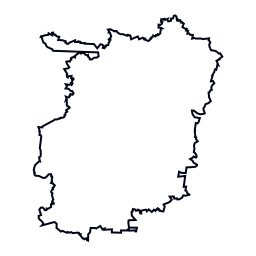 Castillo de Teayo, Veracruz, Mexico
{"feature_id": "50627088B5982554369070", "entity_name": "Castillo de Teayo", "entity_type": "district", "adm_level": 2, "iso_a3": "MEX", "parent_name": "Mexico", "parent_adm1": "Veracruz", "projection": "orthographic", "projection_center": [-97.687, 20.732], "detail": "fine", "context": "isolated", "style": "outline", "palette": "ink", "viewbox_px": 256, "rotation_deg": 0, "n_neighbors": 0, "source": "geoboundaries", "source_scale": "gbopen_adm2", "svg_char_len": 5637}
<svg xmlns="http://www.w3.org/2000/svg" viewBox="0 0 256 256"><path d="M88.1,240.6L88.2,234.3L90.0,232.3L90.7,227.9L96.0,228.1L96.3,228.5L100.2,226.0L102.5,229.3L103.8,228.8L103.4,229.4L104.1,229.3L104.2,229.7L104.9,229.3L105.1,229.7L111.9,229.3L111.8,232.5L121.1,232.7L121.1,230.4L128.2,230.5L128.0,229.5L129.1,229.6L129.2,230.6L135.3,230.4L135.4,231.4L136.1,231.4L136.9,227.7L129.0,227.6L128.3,222.1L128.7,220.3L135.5,220.0L131.8,215.6L131.6,211.9L131.9,211.4L132.6,211.4L133.0,209.0L135.6,209.7L136.0,210.8L138.0,210.3L138.1,209.7L139.4,210.2L140.2,213.3L141.2,213.5L140.9,210.8L145.3,209.7L146.2,209.8L146.8,211.3L148.7,209.4L151.8,212.0L153.9,209.7L155.4,210.9L156.4,209.4L156.9,209.7L157.7,208.3L159.5,209.6L159.2,210.4L159.7,210.9L163.4,211.4L164.7,206.5L163.6,204.5L169.3,202.2L171.5,200.1L171.7,199.7L169.7,196.6L173.8,196.5L174.2,198.6L177.1,198.4L177.3,199.4L179.4,199.3L182.2,197.5L183.2,195.4L185.9,195.7L188.8,194.7L190.1,195.2L187.6,193.4L186.2,190.7L185.4,190.5L186.1,186.6L183.7,186.8L185.2,176.0L178.2,176.7L179.1,171.7L181.4,172.8L185.7,173.1L186.5,167.4L194.0,167.0L195.5,166.7L196.9,165.6L197.0,164.7L193.5,162.6L192.5,160.6L190.1,159.0L192.7,157.7L193.6,156.5L195.9,157.6L196.5,157.0L196.6,155.8L196.1,154.8L194.9,152.8L193.8,152.2L194.4,148.5L194.0,145.7L194.7,143.1L197.7,141.3L195.9,138.9L196.2,137.4L194.9,136.9L195.4,135.9L194.7,131.5L195.2,130.5L194.8,129.9L195.8,123.0L197.4,123.4L198.4,122.5L199.8,118.1L194.6,117.2L192.5,114.1L191.9,110.5L193.9,110.6L197.2,113.2L200.1,114.3L203.6,113.9L204.8,113.1L203.5,109.8L203.5,108.2L204.6,106.7L205.5,104.2L208.4,103.2L210.8,101.1L209.1,97.3L208.6,92.5L209.4,92.3L210.5,90.2L211.8,89.8L211.3,87.9L211.9,85.7L214.3,83.2L212.9,81.0L210.9,81.3L212.6,75.7L212.2,75.5L214.3,72.0L214.7,69.9L215.3,69.2L216.3,69.7L217.4,64.6L218.3,65.1L216.5,60.7L219.1,59.6L218.8,59.3L222.3,56.6L220.1,53.3L218.9,53.6L216.9,51.8L214.9,50.8L211.0,50.2L209.3,46.1L209.4,43.9L210.3,42.7L209.8,41.4L208.6,40.3L209.1,38.4L202.7,39.1L201.0,38.5L195.9,38.6L194.3,38.0L192.2,38.6L192.9,35.0L190.2,34.8L189.2,33.5L187.3,33.7L188.1,30.8L186.2,30.6L186.9,29.0L186.6,28.7L185.9,29.3L182.4,27.0L183.8,23.7L182.6,23.1L182.7,22.6L181.8,22.1L180.8,22.4L180.4,20.3L179.1,20.2L178.9,20.8L177.1,20.6L177.0,20.1L177.7,19.8L177.4,18.9L176.7,18.9L176.4,16.5L175.1,15.4L173.8,15.9L173.0,18.4L170.9,18.7L171.0,20.8L168.3,21.4L167.3,19.5L167.6,18.9L165.5,19.8L164.9,18.8L163.6,19.0L163.6,19.8L161.3,19.2L160.9,21.7L162.4,22.0L161.8,23.9L160.2,24.9L158.6,24.6L158.5,27.6L160.7,27.7L162.2,28.5L160.9,28.9L160.2,33.4L159.1,34.5L157.9,34.2L157.9,35.2L156.1,35.1L156.2,35.8L155.8,36.1L155.7,35.8L153.8,36.4L153.2,35.7L153.0,36.5L151.1,37.5L150.5,38.5L151.0,38.7L148.6,41.0L144.2,39.4L144.9,38.5L142.7,37.7L139.1,39.3L137.8,36.4L131.1,39.3L130.6,36.2L129.9,35.9L130.0,35.4L128.7,35.1L127.6,35.6L127.5,34.9L126.3,35.5L123.0,34.2L120.5,34.2L117.8,32.8L116.7,31.1L115.0,31.0L114.8,31.4L110.2,29.2L108.0,29.6L109.0,30.8L108.7,32.4L109.5,32.2L110.0,32.9L111.2,36.2L110.2,38.2L110.4,39.1L109.5,38.7L108.7,39.6L109.7,40.9L109.4,42.2L108.7,42.5L108.3,45.1L106.3,45.2L106.1,46.2L105.4,45.9L104.3,46.7L105.0,47.1L104.4,48.3L102.8,47.8L103.5,46.2L102.4,44.7L100.4,44.3L97.3,48.3L93.8,44.0L86.0,43.8L84.9,43.7L85.0,43.1L80.4,43.0L80.4,41.8L78.4,41.4L78.4,42.0L75.1,42.0L75.1,40.3L69.4,42.7L68.1,43.9L66.6,43.6L66.2,42.6L65.4,42.5L65.7,41.3L62.1,40.2L58.2,40.0L59.2,36.8L57.1,36.4L55.1,35.1L55.2,34.7L54.0,34.6L53.5,34.1L53.2,32.6L51.9,32.8L52.1,35.2L48.6,33.3L48.4,34.8L44.0,35.5L43.0,36.2L41.2,36.1L40.8,36.9L41.4,36.9L43.4,42.5L45.4,43.6L46.4,46.0L47.3,47.0L52.3,49.3L53.0,50.8L98.1,52.4L98.6,56.3L96.9,57.6L94.3,57.7L91.7,59.5L89.7,59.3L89.6,57.9L88.0,56.6L88.0,55.3L87.5,55.7L87.2,55.1L85.3,54.7L84.4,53.3L83.7,53.1L81.8,52.8L81.1,53.5L80.8,52.8L79.6,52.6L76.0,54.9L75.8,55.6L74.9,56.1L74.9,57.4L73.7,56.7L72.3,57.7L71.3,57.7L70.9,58.2L71.3,59.7L70.3,60.4L69.9,61.6L67.4,61.3L66.3,61.7L66.6,63.1L69.3,67.4L68.1,68.3L64.2,69.1L67.3,74.1L66.7,75.1L67.2,77.1L67.8,77.5L68.2,76.4L71.5,75.9L71.2,77.1L71.9,77.8L71.6,78.1L72.8,78.3L72.1,79.4L73.3,79.5L72.2,81.0L71.9,82.4L71.4,82.6L72.5,83.4L71.6,85.1L70.4,84.3L69.5,84.8L65.8,84.3L67.0,86.2L65.6,88.5L68.7,88.8L70.6,90.9L72.3,91.1L73.6,93.4L72.6,94.7L70.5,93.9L69.7,95.3L70.2,95.6L69.0,97.3L67.6,97.3L65.9,96.6L66.4,98.1L65.9,100.0L66.5,99.4L66.9,99.9L66.5,100.6L66.9,102.2L66.7,104.6L67.3,106.1L68.6,106.4L69.6,107.7L66.1,110.3L67.2,111.7L65.6,112.7L65.3,115.0L64.5,115.1L64.5,116.6L63.7,117.3L62.1,117.9L61.3,117.6L60.2,118.4L60.1,118.0L59.5,118.2L57.4,119.4L54.9,119.4L54.2,120.1L42.5,126.4L42.4,127.4L38.4,127.1L39.5,130.1L39.3,131.2L39.7,131.3L39.6,135.1L40.8,135.3L41.3,136.3L39.8,148.4L40.6,150.2L40.8,154.8L40.3,156.7L39.0,157.4L40.0,161.3L39.5,161.1L35.8,164.3L34.8,165.8L33.7,170.1L34.8,172.7L34.2,172.9L34.7,175.0L35.4,175.6L39.0,176.0L43.3,178.0L45.6,177.6L48.8,174.3L51.1,174.2L51.2,176.3L52.1,176.5L52.3,177.2L51.7,180.1L52.1,181.2L51.0,182.9L53.2,183.5L53.2,184.2L54.8,185.3L53.9,187.1L52.7,187.7L53.1,189.3L52.0,189.8L51.2,191.5L51.2,192.2L52.5,193.4L51.9,195.1L53.3,199.7L52.2,201.2L52.5,201.9L52.0,202.9L53.5,202.7L53.8,203.7L50.9,204.4L51.2,206.9L47.8,208.9L46.7,208.5L46.3,210.1L44.8,210.1L43.6,208.3L42.3,207.4L40.8,207.7L39.3,209.6L41.1,215.0L38.6,216.0L38.8,218.2L39.2,219.1L41.3,220.8L43.2,223.1L42.8,224.5L42.0,225.4L54.5,222.0L56.7,223.8L56.5,227.9L60.9,231.6L62.0,230.9L63.0,231.1L66.8,232.8L67.6,232.5L66.7,231.7L69.5,232.7L71.1,232.1L72.7,233.1L78.1,232.6L78.7,232.8L78.5,233.4L79.1,234.2L79.6,234.0L80.0,234.8L80.6,234.5L80.5,235.5L82.7,238.4L83.6,238.4L84.3,239.3L86.4,238.3L87.0,240.2L88.1,240.6Z" fill="none" stroke="#020617" stroke-width="2"/></svg>